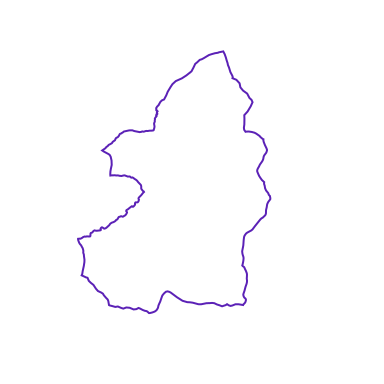 outline of Phobji, Wangdi Phodrang, Bhutan, rotated 28°
{"feature_id": "84629894B82295722957518", "entity_name": "Phobji", "entity_type": "district", "adm_level": 2, "iso_a3": "BTN", "parent_name": "Bhutan", "parent_adm1": "Wangdi Phodrang", "projection": "natural_earth1", "projection_center": [90.223, 27.427], "detail": "fine", "context": "isolated", "style": "outline", "palette": "violet", "viewbox_px": 384, "rotation_deg": 28, "n_neighbors": 0, "source": "geoboundaries", "source_scale": "gbopen_adm2", "svg_char_len": 6096}
<svg xmlns="http://www.w3.org/2000/svg" viewBox="0 0 384 384"><g transform="rotate(28 192 192)"><path d="M290.2,267.8L290.1,267.2L290.4,266.4L290.8,264.8L290.8,264.0L290.5,262.5L290.2,261.8L289.6,261.2L289.0,260.9L288.2,260.8L287.5,260.5L286.9,260.1L286.3,259.6L285.8,259.0L285.4,258.4L285.2,257.6L284.7,254.5L283.8,250.7L283.3,247.5L282.9,246.0L282.6,245.3L282.3,244.6L281.0,242.7L280.0,240.5L279.3,239.1L278.9,238.5L278.4,237.9L276.7,236.4L274.9,235.1L273.7,234.1L273.1,233.8L271.6,233.6L270.9,233.3L270.7,232.2L270.0,229.8L269.5,228.3L268.6,226.2L268.1,225.5L267.6,224.9L266.5,223.9L265.5,222.8L264.6,221.5L264.2,220.9L263.9,220.1L262.8,216.4L262.3,214.9L260.2,210.2L259.1,207.3L259.0,206.5L258.9,205.8L259.2,203.4L259.5,202.7L259.8,202.0L262.4,198.1L263.0,196.6L263.1,195.9L263.6,192.7L265.2,184.2L265.7,182.7L266.5,181.4L267.0,179.9L267.5,178.4L267.6,177.6L267.5,176.9L267.3,176.1L265.9,173.3L265.7,172.6L265.1,170.3L264.3,168.1L264.1,167.3L264.0,165.7L264.0,164.9L264.5,161.8L264.4,161.3L263.7,160.2L262.6,158.9L261.8,158.7L261.1,158.4L259.8,157.2L256.7,155.9L254.8,154.4L253.1,152.2L252.1,151.3L251.6,150.6L251.1,149.4L248.1,148.6L245.5,147.3L243.6,146.2L241.8,144.8L240.0,143.3L239.6,142.7L239.3,142.0L239.2,141.2L239.1,140.4L239.2,138.1L239.1,136.5L239.1,135.7L239.5,132.6L239.6,131.0L239.5,130.2L239.4,129.4L238.7,127.2L238.6,126.4L238.6,125.6L239.1,122.5L239.0,121.7L238.7,120.1L238.3,119.4L237.2,118.4L234.2,116.2L231.9,114.2L230.9,113.1L230.3,111.9L229.7,112.0L228.7,111.8L226.5,111.3L225.4,110.8L221.3,110.3L219.4,110.3L216.7,110.9L213.6,112.0L211.6,113.2L211.0,113.7L208.9,112.6L207.7,111.0L206.5,107.8L203.9,102.7L202.1,99.6L203.3,94.8L203.6,88.7L203.3,84.3L201.3,82.7L198.6,82.0L194.5,79.2L189.5,78.5L185.6,76.9L183.0,73.7L178.5,72.1L174.3,72.5L174.1,71.5L173.0,70.4L169.6,68.1L166.1,64.6L164.1,63.0L162.9,61.5L160.9,59.6L158.8,57.4L156.2,55.0L153.6,53.2L150.2,56.0L149.5,56.9L147.1,58.7L144.3,61.4L142.6,63.2L139.5,68.4L138.3,70.2L136.8,71.7L135.7,75.0L134.7,77.4L134.9,81.7L134.9,85.7L132.3,91.7L129.7,96.4L125.6,101.7L124.1,106.0L123.8,109.2L123.6,112.8L123.5,114.9L123.9,118.7L123.9,123.4L122.5,125.1L121.9,126.8L121.7,128.0L121.8,129.2L121.7,129.7L121.6,130.3L121.8,130.8L121.1,133.0L121.0,134.8L121.7,135.6L121.8,136.2L122.1,136.6L123.2,136.7L123.7,136.9L123.5,138.0L123.9,138.4L124.0,138.9L124.5,139.0L124.7,139.5L124.3,139.9L124.2,140.5L124.4,141.1L124.8,141.0L125.1,141.4L124.9,141.9L125.0,142.5L124.8,143.0L124.7,143.6L124.8,144.8L125.2,145.2L125.5,146.3L125.8,146.8L126.1,147.3L126.2,148.5L126.3,149.0L126.5,149.6L127.9,151.4L128.2,151.9L128.6,153.0L129.1,155.3L128.9,155.8L128.4,156.2L127.5,156.8L126.0,157.6L124.2,159.0L123.8,159.2L123.2,159.4L122.8,159.7L122.3,160.1L121.6,160.9L121.1,161.3L120.7,161.6L119.6,161.9L118.9,162.8L117.5,163.8L117.0,163.9L112.7,165.2L111.7,165.4L110.6,165.5L110.1,165.7L108.6,166.5L107.6,167.1L103.8,170.3L103.4,170.7L103.0,171.8L102.7,172.3L102.3,172.8L102.2,173.3L101.8,173.8L101.4,174.1L101.1,174.6L101.0,175.2L101.1,176.4L100.8,178.1L100.6,178.6L99.9,179.5L99.6,180.1L99.5,180.7L99.7,182.3L99.5,182.9L99.2,183.4L98.8,184.3L98.5,184.8L98.4,185.4L98.4,186.0L98.3,186.6L97.4,188.0L97.1,188.5L96.4,189.4L96.2,190.0L96.0,191.1L95.4,192.2L95.2,192.7L95.0,194.0L93.2,197.5L95.2,197.7L100.6,197.7L102.1,198.0L103.7,199.1L106.2,202.0L108.4,205.8L109.5,209.7L110.3,212.1L111.5,214.7L112.2,215.8L113.7,214.7L114.3,214.5L115.2,213.9L115.9,213.5L117.3,213.0L118.3,212.4L119.5,211.9L120.2,211.8L121.2,211.4L122.2,211.0L123.5,209.8L124.4,209.1L124.9,208.9L128.1,208.5L128.6,208.2L129.6,207.6L130.1,207.5L131.1,207.8L131.7,207.8L132.2,207.5L132.6,207.1L133.6,207.1L135.1,207.4L136.8,207.5L137.8,207.7L138.4,207.9L139.9,208.6L143.0,209.6L143.5,209.8L144.0,210.2L144.8,211.3L145.3,212.4L145.7,212.9L146.1,213.2L148.1,214.1L148.7,214.2L149.2,214.2L149.6,214.5L149.4,215.0L149.1,216.2L148.8,217.9L148.7,218.5L147.7,221.9L147.7,222.5L147.9,223.0L148.3,223.4L148.8,223.7L148.9,224.3L149.0,224.9L149.1,225.4L148.9,226.5L148.5,226.9L147.0,227.7L146.9,228.2L147.0,228.8L147.6,229.8L147.6,230.4L147.5,231.0L147.2,232.1L146.9,232.7L146.5,232.9L146.0,232.7L145.5,232.9L144.5,235.0L143.6,237.2L142.7,238.7L142.7,239.3L142.9,239.8L144.0,240.3L144.3,240.7L144.3,241.3L144.3,242.5L144.1,243.6L143.9,244.1L143.3,245.0L142.8,246.0L142.3,246.4L141.3,246.5L140.7,246.7L140.0,247.6L139.2,248.3L139.0,248.9L139.0,250.7L138.9,251.3L138.2,252.2L138.0,253.4L137.5,254.4L137.2,254.9L136.5,255.8L135.7,256.6L135.2,257.4L134.7,258.4L134.5,260.2L134.3,260.7L133.3,263.5L132.8,264.5L132.0,265.4L131.5,265.6L130.8,265.5L129.8,265.4L129.3,265.4L128.8,265.7L128.5,266.7L128.5,267.3L128.8,267.8L129.3,268.2L129.2,268.7L128.8,269.1L126.0,271.0L125.0,271.4L123.9,271.7L123.6,272.2L123.3,272.7L123.0,274.4L122.7,274.9L122.3,275.3L121.9,275.8L121.9,276.3L122.9,278.5L122.8,279.1L122.4,279.4L119.9,280.6L119.5,281.0L119.2,281.3L118.1,281.7L117.5,282.4L117.1,282.8L116.6,283.9L115.7,285.3L115.3,285.7L114.6,286.0L113.4,286.8L113.7,287.4L114.3,288.1L116.0,289.6L117.0,290.3L117.9,290.7L119.3,291.2L120.0,291.8L121.8,292.9L122.8,293.9L123.5,294.7L124.0,295.6L124.4,296.5L124.9,297.1L125.8,297.9L126.9,299.6L128.8,302.2L129.9,304.4L131.2,308.1L132.6,313.1L133.6,316.0L133.7,317.4L137.0,317.2L138.2,317.2L140.0,316.8L142.6,318.9L145.3,319.7L148.6,320.3L152.6,322.5L155.5,323.6L159.0,323.4L161.1,323.6L162.7,324.6L165.8,325.8L168.0,326.5L169.3,327.6L171.8,330.8L172.5,330.8L175.8,330.0L178.2,329.5L180.3,327.9L184.0,327.6L186.1,327.2L188.2,324.8L191.3,323.5L195.6,323.1L197.9,321.5L199.2,319.5L200.7,319.3L203.9,319.3L206.3,319.0L207.4,318.6L208.7,318.5L210.8,319.1L211.7,318.6L213.5,317.0L215.2,315.1L216.1,313.2L216.3,311.8L216.3,310.1L215.7,308.1L215.5,306.1L215.4,303.8L214.7,299.5L214.4,297.3L214.9,294.7L215.8,292.3L217.1,291.2L218.9,290.8L220.5,290.8L228.3,292.0L232.3,292.3L234.7,292.5L239.5,291.5L242.1,290.3L244.6,289.4L250.3,288.1L252.7,286.9L257.1,283.3L259.5,282.0L261.8,280.5L263.9,279.7L266.8,279.6L269.5,279.1L272.2,278.8L274.9,276.0L275.6,274.6L277.6,274.8L279.5,274.5L280.9,273.3L283.0,270.8L285.7,269.3L290.2,267.8Z" fill="none" stroke="#5b21b6" stroke-width="2"/></g></svg>